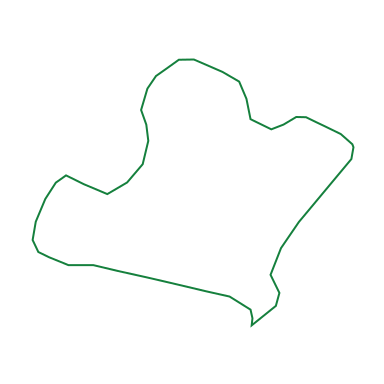 outline of Aberdeen, rotated 26°
{"feature_id": "GBR-2012", "entity_name": "Aberdeen", "entity_type": "Unitary District (city)", "adm_level": 1, "iso_a3": "GBR", "parent_name": "United Kingdom", "parent_adm1": "", "projection": "albers", "projection_center": [-2.195, 57.162], "detail": "fine", "context": "isolated", "style": "outline", "palette": "green", "viewbox_px": 384, "rotation_deg": 26, "n_neighbors": 0, "source": "natural_earth", "source_scale": "10m", "svg_char_len": 741}
<svg xmlns="http://www.w3.org/2000/svg" viewBox="0 0 384 384"><g transform="rotate(26 192 192)"><path d="M320.8,92.5L301.2,172.1L296.6,203.4L298.9,232.0L314.8,244.4L317.3,257.6L304.1,285.7L301.7,279.0L296.2,272.1L271.6,269.5L248.5,275.0L212.1,283.2L188.2,288.7L159.9,295.5L135.3,301.0L113.0,311.9L92.1,313.3L80.2,313.3L69.8,305.0L64.6,287.2L63.2,262.5L65.5,243.3L71.5,232.3L91.5,232.4L116.8,231.0L129.5,211.9L135.5,188.6L130.3,165.2L121.4,151.5L110.3,140.6L106.6,118.6L108.8,103.5L114.1,93.9L122.2,78.9L135.6,72.1L166.7,70.7L186.0,72.1L200.1,84.4L212.7,100.9L224.6,100.9L235.8,100.9L244.7,91.3L252.8,78.9L261.7,74.8L272.8,74.8L282.5,74.7L300.3,74.7L315.2,78.8L317.5,81.0L320.8,92.5Z" fill="none" stroke="#15803d" stroke-width="2"/></g></svg>